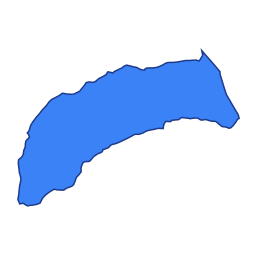 outline of West Mugirango, Nyanza, Kenya, rotated 89°
{"feature_id": "3690345B36875351103563", "entity_name": "West Mugirango", "entity_type": "district", "adm_level": 2, "iso_a3": "KEN", "parent_name": "Kenya", "parent_adm1": "Nyanza", "projection": "robinson", "projection_center": [34.939, -0.572], "detail": "fine", "context": "isolated", "style": "filled", "palette": "blue", "viewbox_px": 256, "rotation_deg": 89, "n_neighbors": 0, "source": "geoboundaries", "source_scale": "gbopen_adm2", "svg_char_len": 3539}
<svg xmlns="http://www.w3.org/2000/svg" viewBox="0 0 256 256"><g transform="rotate(89 128 128)"><path d="M130.4,105.8L129.8,101.8L129.2,99.4L128.9,97.8L129.0,95.4L129.2,92.9L127.6,92.6L125.3,92.2L122.2,90.4L122.1,88.9L122.3,87.2L122.3,85.2L121.6,84.4L121.0,83.8L120.9,81.4L120.7,80.1L120.6,78.2L120.5,77.2L119.5,75.8L118.5,74.3L118.6,73.3L118.9,70.6L119.1,69.3L119.2,68.2L119.8,65.5L119.5,64.1L119.3,62.2L119.2,61.0L119.2,58.6L119.8,57.4L120.8,55.8L121.4,54.6L121.2,52.6L121.0,51.5L121.0,49.5L122.0,46.7L122.7,43.8L122.8,41.3L123.0,40.3L123.5,39.5L125.6,37.1L128.2,34.0L128.7,30.3L130.0,26.9L129.6,25.2L128.5,24.0L127.2,22.6L126.2,21.9L124.2,20.2L122.0,18.9L121.2,18.2L120.3,16.7L116.6,17.6L110.2,21.3L107.5,22.8L101.9,25.9L98.2,28.0L96.1,29.1L92.2,30.3L86.5,32.0L82.8,33.0L76.0,35.0L73.0,35.1L72.5,35.8L71.8,36.3L68.4,39.0L51.9,52.9L53.6,52.6L56.6,52.0L59.8,54.1L61.5,55.1L62.2,55.8L61.3,58.6L61.3,61.6L61.6,65.1L61.5,68.7L61.8,71.0L62.1,72.8L62.3,74.1L62.7,76.7L62.9,77.8L63.2,80.9L63.2,84.0L63.2,86.9L64.1,89.7L65.4,91.9L66.7,94.6L67.9,98.2L68.3,101.7L68.4,102.8L68.3,104.5L68.3,107.2L68.4,108.4L69.4,110.1L70.4,110.5L70.3,111.6L70.0,113.5L69.3,115.2L68.6,116.4L67.7,118.1L67.4,118.8L67.0,121.3L66.0,124.6L65.1,128.3L66.3,131.2L68.0,133.3L68.9,135.5L70.0,137.8L71.4,140.9L72.9,142.3L72.2,143.8L71.9,145.1L71.5,147.2L74.2,148.9L76.2,152.3L77.8,155.8L78.2,156.4L79.7,158.3L81.2,160.1L81.8,162.8L81.2,166.1L81.9,169.1L84.0,170.4L86.1,172.1L87.1,173.0L88.1,173.9L90.0,175.3L90.9,176.6L91.8,178.8L93.1,181.4L93.3,184.3L93.0,187.3L92.9,188.7L92.8,189.8L92.2,191.6L92.2,193.1L93.9,195.5L95.2,197.8L96.1,199.7L97.6,202.6L98.0,203.7L100.3,206.3L101.5,207.2L103.6,208.7L105.7,210.7L106.6,211.6L107.4,212.4L109.5,214.3L111.3,215.6L113.5,217.5L114.3,218.3L115.2,219.1L117.2,220.7L118.3,221.5L120.1,223.0L122.0,224.2L123.2,225.0L125.3,225.8L128.0,226.6L130.1,227.7L131.1,228.8L133.0,227.4L135.2,226.7L136.0,227.3L136.8,227.9L138.1,229.4L139.0,230.1L139.7,230.4L142.0,230.9L144.5,231.0L145.8,231.4L147.4,232.1L148.7,232.6L151.1,233.0L152.2,233.1L153.1,233.5L154.7,234.4L155.3,234.9L155.9,235.6L157.8,237.9L160.6,238.3L161.5,238.3L162.6,238.2L164.8,238.0L167.6,237.6L168.8,237.6L169.6,237.5L171.6,237.2L172.6,236.8L173.4,236.6L175.7,236.2L176.7,236.0L177.5,235.9L179.6,236.4L180.8,236.6L181.6,236.8L183.5,237.3L185.1,237.5L186.5,237.7L188.2,237.9L189.6,238.1L191.8,238.3L193.7,238.6L195.1,238.9L197.0,239.3L198.2,239.2L200.0,238.3L200.7,238.0L202.0,237.7L201.4,234.2L203.0,231.8L204.1,229.7L203.9,228.7L203.7,227.6L203.5,225.2L202.9,221.1L201.6,217.3L200.5,216.7L197.7,215.2L196.4,214.4L194.0,212.0L193.2,211.1L192.6,210.3L190.9,208.1L189.2,205.2L187.9,202.8L188.6,200.1L188.7,198.8L188.8,197.9L189.0,193.4L188.0,191.8L187.1,190.6L186.1,187.5L185.2,185.1L183.5,183.2L182.6,182.9L180.8,182.1L179.5,181.5L177.8,181.0L176.9,180.6L176.0,180.0L174.0,178.0L172.1,176.5L171.0,175.6L168.4,175.7L167.4,175.6L166.7,175.5L165.0,175.0L164.0,174.6L163.3,174.2L161.7,173.5L161.3,172.6L160.9,171.2L160.8,169.4L160.8,168.5L160.6,167.0L159.1,165.5L158.0,164.6L156.4,163.3L154.9,161.2L153.2,158.7L152.4,156.2L151.6,154.7L150.8,153.9L149.1,153.5L148.9,152.2L148.2,150.2L147.4,148.0L146.5,147.1L144.9,145.5L144.4,144.7L144.0,143.4L143.7,141.7L143.4,140.6L143.1,139.6L142.0,136.9L141.3,135.3L140.3,133.2L140.0,132.4L139.5,131.4L138.6,129.3L137.4,127.0L136.7,125.5L135.3,123.0L134.4,121.0L134.5,118.6L134.5,117.5L134.3,116.4L133.7,114.5L133.4,113.6L133.0,112.7L132.0,110.9L131.4,109.7L131.1,108.8L130.4,105.8Z" fill="#3b82f6" stroke="#1e3a8a" stroke-width="1.5"/></g></svg>